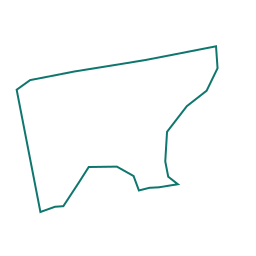 the Municipality of Karpoš, rotated 79°
{"feature_id": "MKD-2935", "entity_name": "Karpoš", "entity_type": "Municipality", "adm_level": 1, "iso_a3": "MKD", "parent_name": "North Macedonia", "parent_adm1": "", "projection": "equal_earth", "projection_center": [21.397, 41.987], "detail": "fine", "context": "isolated", "style": "outline", "palette": "teal", "viewbox_px": 256, "rotation_deg": 79, "n_neighbors": 0, "source": "natural_earth", "source_scale": "10m", "svg_char_len": 505}
<svg xmlns="http://www.w3.org/2000/svg" viewBox="0 0 256 256"><g transform="rotate(79 128 128)"><path d="M69.2,230.0L65.8,222.6L62.3,214.9L62.3,169.7L63.5,133.8L64.6,97.3L64.6,43.1L64.6,26.0L86.4,28.7L106.4,43.7L117.8,66.1L139.2,90.4L167.9,97.8L183.5,97.8L192.7,89.8L192.1,109.0L190.8,118.4L191.4,129.2L176.2,131.7L163.8,146.3L158.8,174.0L172.5,187.0L192.4,206.4L191.4,214.6L191.4,214.9L193.7,230.0L186.8,230.0L152.3,230.0L113.0,230.0L69.2,230.0Z" fill="none" stroke="#0f766e" stroke-width="2"/></g></svg>